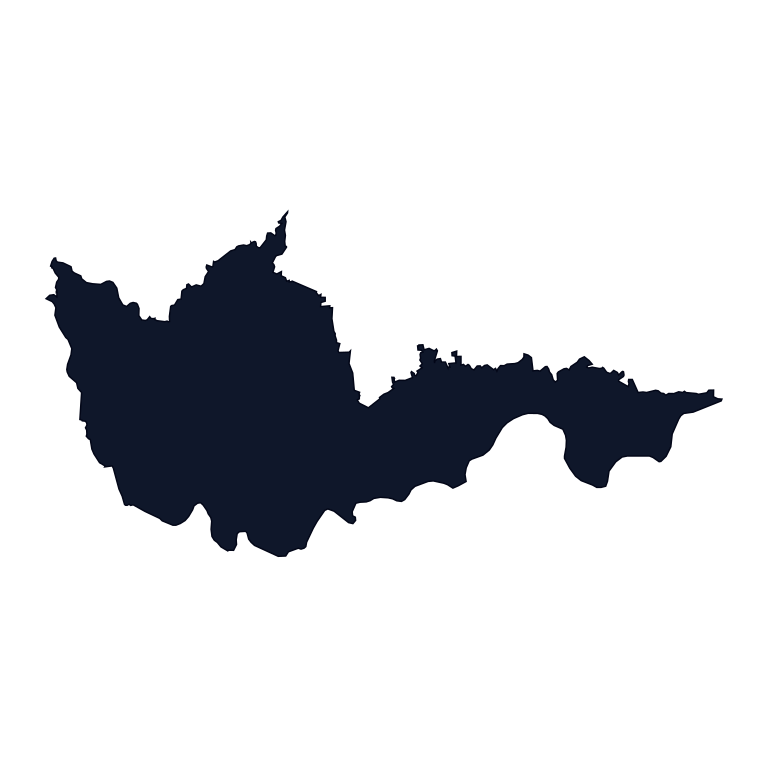 the district of Apazapan, Veracruz, Mexico
{"feature_id": "50627088B67463100581546", "entity_name": "Apazapan", "entity_type": "district", "adm_level": 2, "iso_a3": "MEX", "parent_name": "Mexico", "parent_adm1": "Veracruz", "projection": "robinson", "projection_center": [-96.664, 19.343], "detail": "fine", "context": "isolated", "style": "filled", "palette": "ink", "viewbox_px": 768, "rotation_deg": 0, "n_neighbors": 0, "source": "geoboundaries", "source_scale": "gbopen_adm2", "svg_char_len": 6071}
<svg xmlns="http://www.w3.org/2000/svg" viewBox="0 0 768 768"><path d="M713.6,390.1L708.8,390.2L706.8,392.8L698.4,394.3L696.2,393.5L686.1,392.6L684.4,391.3L682.8,392.5L678.7,391.8L673.9,393.6L668.7,393.5L665.8,395.2L663.7,393.5L660.9,393.1L658.2,390.8L655.6,390.3L646.6,392.5L643.0,392.0L638.1,392.5L632.3,379.5L628.7,379.5L628.4,381.5L629.0,383.7L628.2,386.6L618.6,381.2L618.7,379.7L623.4,376.5L624.0,375.1L623.5,371.8L622.8,371.4L621.8,371.9L618.7,375.0L617.4,372.5L613.7,370.4L610.9,373.1L609.6,373.4L606.6,372.2L603.8,368.2L602.6,367.4L601.7,368.3L599.3,368.5L592.2,367.2L588.7,368.0L586.7,367.2L587.6,365.6L592.2,364.2L589.0,360.5L584.3,356.8L579.5,359.1L577.3,362.2L570.9,366.5L569.2,369.9L566.5,368.4L564.0,368.8L558.4,371.9L557.2,373.5L557.6,380.3L555.3,382.0L553.2,379.9L551.7,374.7L549.5,372.0L548.7,369.1L547.0,366.5L545.3,366.7L540.1,371.1L537.3,370.4L533.0,370.9L531.4,357.6L528.1,355.1L524.0,353.8L523.9,357.1L522.2,359.5L518.1,362.7L514.8,363.6L507.1,364.1L504.2,365.7L500.5,365.6L498.0,368.7L496.9,371.2L495.5,368.4L493.6,369.7L487.2,364.9L484.5,365.5L481.7,367.8L480.2,365.9L477.2,366.0L474.0,369.9L471.3,368.7L469.4,365.4L468.0,364.5L465.5,366.3L463.4,364.4L461.0,365.2L461.0,356.4L456.5,356.5L456.7,351.1L451.9,352.6L452.1,355.7L455.1,356.1L456.0,362.9L448.8,363.6L450.0,367.1L448.0,367.0L447.9,367.8L445.4,362.1L441.5,362.1L440.4,358.6L437.2,359.1L434.8,361.1L434.6,363.1L434.3,361.0L437.4,350.8L436.4,349.1L435.2,350.4L433.7,350.7L429.1,348.4L424.1,349.8L422.9,344.8L419.0,345.0L419.1,345.6L417.6,345.9L418.0,350.0L421.4,350.2L422.9,352.0L420.7,352.8L420.1,354.5L420.6,358.1L419.9,360.0L422.3,363.7L420.0,366.0L422.1,367.8L417.0,371.1L418.0,372.3L416.2,375.7L414.7,375.4L414.2,373.5L411.5,371.6L411.0,372.6L412.5,377.6L405.2,380.4L399.1,380.3L394.6,382.1L394.1,378.7L394.5,378.5L394.0,377.4L391.9,377.3L392.6,382.3L393.6,384.4L391.6,386.6L392.1,387.6L393.9,388.4L388.0,392.6L383.9,394.2L379.5,397.5L379.9,398.8L368.4,407.8L359.3,403.2L357.6,400.6L357.4,399.7L359.3,398.9L359.3,395.7L359.8,395.6L359.0,394.0L359.6,392.3L354.5,390.4L354.2,389.6L352.7,373.0L349.0,363.5L350.4,350.9L349.2,352.2L338.8,352.5L338.0,350.8L339.8,343.6L336.5,342.7L336.5,340.1L335.1,335.8L335.2,333.6L333.9,331.4L331.9,318.7L332.5,307.7L329.6,307.8L329.8,305.8L320.6,306.6L320.9,302.5L325.2,301.2L325.2,297.4L320.6,297.3L320.9,294.4L318.7,295.6L316.3,292.9L316.5,291.6L292.1,281.1L291.6,281.7L289.2,281.9L289.2,280.4L286.6,281.2L285.4,277.7L281.2,275.8L281.4,271.6L276.8,274.0L272.9,272.3L274.6,266.8L273.8,264.5L272.3,263.0L275.4,256.8L276.5,255.6L281.9,254.1L286.5,247.2L286.4,246.5L285.2,246.2L284.7,241.4L285.4,235.4L284.5,230.1L286.0,221.7L284.8,217.0L287.5,212.9L287.6,211.7L282.9,217.0L281.0,220.4L278.3,221.7L278.7,222.9L281.8,223.4L279.5,226.3L276.0,228.5L275.6,230.3L276.2,233.1L275.7,235.3L274.8,235.7L270.8,232.9L267.6,233.1L266.7,236.0L266.3,239.8L260.0,247.9L258.0,247.5L256.3,246.1L256.1,243.3L255.5,241.8L254.4,241.5L251.3,242.8L250.9,242.3L251.0,243.2L249.7,244.6L246.7,245.7L243.6,245.0L238.6,245.9L236.8,246.8L235.0,249.6L230.7,250.9L218.0,260.8L214.7,262.0L213.6,261.4L212.9,266.5L212.2,267.0L206.8,265.0L206.2,267.0L206.5,268.5L208.6,271.5L205.2,276.7L203.9,283.6L201.1,286.2L196.2,284.9L191.5,287.0L188.5,284.0L186.9,284.7L186.5,288.4L183.3,289.7L181.9,291.1L181.1,299.1L177.8,299.6L174.5,305.1L171.6,305.6L170.7,306.4L169.4,316.4L169.6,321.5L168.2,321.8L167.1,321.1L164.8,321.7L157.1,320.7L154.7,319.5L155.0,318.3L153.0,318.7L150.8,318.3L149.7,316.7L147.2,319.8L145.4,320.5L141.8,320.0L138.8,315.6L139.0,308.5L137.4,304.3L136.3,303.2L133.1,302.5L130.3,303.3L126.6,306.5L122.8,304.9L118.7,297.8L116.8,288.1L112.9,282.4L109.5,281.0L106.5,281.4L100.8,284.4L92.7,283.8L86.4,282.6L81.7,278.8L80.8,275.9L74.4,273.0L72.1,271.2L71.0,266.7L63.0,262.9L57.4,262.1L56.1,260.7L55.6,258.0L54.2,258.2L52.1,261.4L50.6,266.1L52.1,266.9L51.8,267.8L53.1,268.4L55.3,273.1L58.8,277.3L58.6,279.3L56.7,282.1L55.5,287.5L57.0,290.2L56.3,291.1L56.3,292.6L57.0,292.3L56.8,296.9L53.8,294.7L49.7,295.3L46.1,298.7L52.2,301.6L54.1,303.9L55.9,307.7L54.9,315.2L59.3,327.1L65.8,337.5L68.0,339.4L71.8,348.6L71.0,354.9L67.6,364.3L66.8,369.5L67.2,371.9L69.2,376.3L76.6,382.7L77.9,388.4L81.6,392.5L79.9,419.5L81.8,420.0L82.2,420.8L85.4,421.2L86.6,422.7L87.0,425.0L85.5,427.8L86.7,430.1L86.9,434.2L86.3,436.2L88.6,438.8L90.3,439.5L91.9,449.1L94.0,454.0L99.6,462.7L105.2,466.0L104.7,466.9L112.1,465.9L113.3,468.0L119.0,489.1L122.2,496.2L124.5,504.3L125.4,505.2L127.1,505.3L129.1,504.2L130.6,505.4L133.2,504.8L145.0,511.4L159.8,518.4L162.2,520.8L172.9,525.2L175.9,525.2L180.3,523.5L185.1,520.5L188.6,516.5L192.6,509.8L194.0,505.9L197.5,503.2L200.6,502.7L203.2,505.1L207.0,510.6L208.2,513.8L210.8,517.5L211.7,521.1L211.1,529.3L212.0,536.5L214.3,540.2L217.3,542.4L221.0,546.9L227.8,550.9L228.6,550.2L233.6,550.3L236.5,544.5L236.2,539.7L237.2,533.6L239.4,531.7L245.7,531.3L247.1,533.0L248.7,539.1L251.1,542.3L254.5,545.4L278.2,556.3L285.7,556.0L288.4,551.8L298.3,548.2L301.0,549.1L304.0,548.2L305.8,546.6L306.6,542.2L313.3,528.1L317.1,521.4L324.7,510.4L327.8,508.9L334.1,511.2L348.6,522.6L352.9,523.6L355.6,520.4L355.3,517.2L352.6,515.8L352.2,511.7L355.9,503.2L360.1,502.2L366.2,501.9L370.1,500.7L373.8,498.4L380.4,497.3L388.1,497.8L392.6,498.8L396.8,500.8L401.5,501.4L404.7,499.6L408.9,494.1L411.0,489.9L415.0,486.3L428.1,481.4L433.3,480.9L443.8,483.2L447.6,484.7L452.9,488.1L458.2,485.8L466.1,481.5L465.0,474.6L466.2,467.8L469.2,460.8L471.9,459.1L483.0,455.1L489.3,450.0L492.8,444.9L495.9,438.1L502.3,427.6L507.0,422.9L513.5,418.6L522.5,414.7L528.1,413.3L537.7,413.4L542.1,414.4L544.9,415.9L547.8,418.6L550.1,422.3L554.1,425.4L562.9,429.2L565.6,435.4L566.4,440.3L566.1,447.2L564.5,456.1L564.5,458.4L569.8,468.2L575.6,476.2L581.2,480.6L592.5,485.0L596.8,487.4L601.0,487.4L605.7,486.2L607.5,481.2L609.0,471.1L615.7,461.9L622.1,457.0L627.2,456.0L649.5,456.0L653.1,457.5L659.1,461.7L660.9,461.4L666.1,456.3L670.8,446.8L672.2,434.0L678.8,418.9L680.8,415.7L683.8,413.4L693.2,412.1L721.2,400.9L721.9,399.1L717.8,398.8L713.5,396.8L713.6,390.1Z" fill="#0f172a" stroke="#020617" stroke-width="1.5"/></svg>